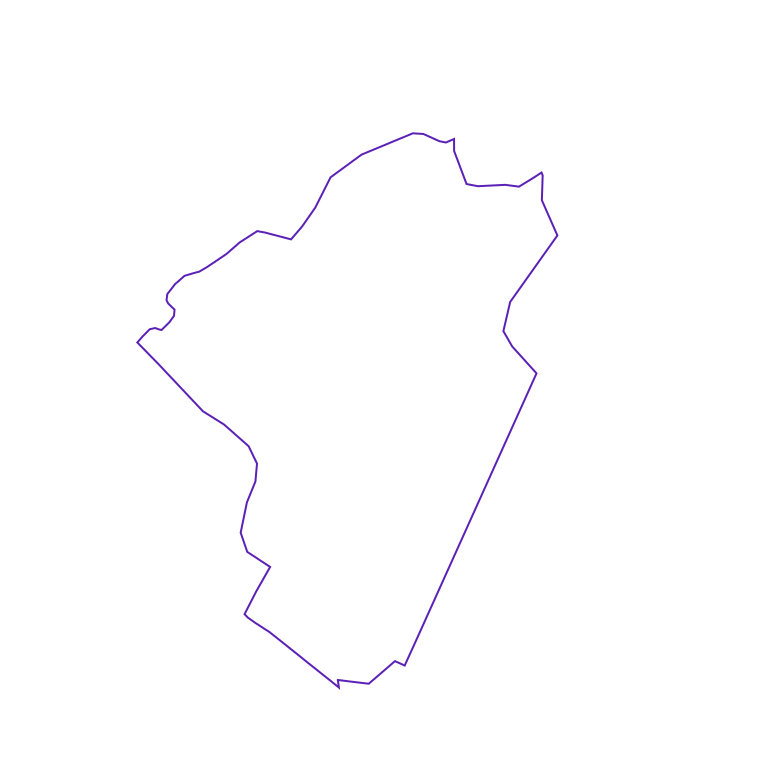 outline of Kas, Southern Darfur, Sudan, rotated 226°
{"feature_id": "16777658B26815240232488", "entity_name": "Kas", "entity_type": "district", "adm_level": 2, "iso_a3": "SDN", "parent_name": "Sudan", "parent_adm1": "Southern Darfur", "projection": "orthographic", "projection_center": [24.119, 12.446], "detail": "fine", "context": "isolated", "style": "outline", "palette": "violet", "viewbox_px": 768, "rotation_deg": 226, "n_neighbors": 0, "source": "geoboundaries", "source_scale": "gbopen_adm2", "svg_char_len": 1822}
<svg xmlns="http://www.w3.org/2000/svg" viewBox="0 0 768 768"><g transform="rotate(226 384 384)"><path d="M569.8,489.2L558.6,457.0L554.2,434.6L552.6,417.6L575.8,403.5L579.5,400.8L582.0,399.1L586.1,378.5L587.0,360.8L591.1,337.7L593.2,329.0L595.4,325.2L598.4,319.5L600.4,315.6L600.6,310.4L601.0,303.2L599.2,290.6L595.4,285.8L591.9,284.7L587.8,284.8L583.0,285.0L578.9,280.3L577.5,272.5L577.4,261.4L579.9,259.9L583.3,258.2L586.1,253.6L585.9,243.4L585.2,235.4L556.0,235.6L490.1,234.8L465.9,240.8L433.3,243.4L415.0,237.4L403.2,223.8L394.1,203.2L376.6,177.6L358.2,169.0L331.5,175.0L323.5,147.8L315.3,123.8L315.1,123.8L313.5,123.8L311.8,123.8L311.4,123.8L311.2,123.8L310.5,123.8L307.9,124.3L306.7,124.5L305.8,124.7L301.4,125.5L298.2,126.3L296.4,126.7L295.9,126.8L295.5,126.9L294.4,127.2L293.9,127.3L290.8,127.9L288.2,128.6L287.8,128.7L286.0,129.1L285.5,129.3L283.6,129.5L281.5,129.8L280.4,129.9L279.1,130.1L267.7,131.6L243.0,134.8L240.2,135.1L237.6,135.5L236.3,135.6L234.4,135.9L234.1,135.9L232.0,136.2L230.2,136.4L228.2,136.7L221.9,137.5L216.6,138.2L215.9,138.3L214.1,138.5L206.9,139.5L205.8,139.6L204.9,139.7L204.1,139.8L203.9,139.8L203.5,139.9L202.7,140.0L202.0,140.1L201.3,140.2L200.2,140.3L199.2,140.4L198.2,140.6L197.0,140.7L197.9,141.4L198.7,142.0L199.0,142.2L200.3,143.1L201.0,143.6L202.3,144.5L202.6,144.7L203.1,145.2L193.6,152.9L179.0,164.8L178.2,178.3L177.4,192.5L177.1,198.3L177.1,198.9L177.1,199.1L177.0,199.4L176.1,199.7L175.6,199.9L174.4,200.4L172.3,201.3L167.9,203.0L167.1,203.3L179.3,234.2L181.9,240.7L285.7,501.1L322.0,502.3L339.1,506.6L355.4,531.8L370.4,611.9L406.5,625.2L423.9,643.1L426.7,644.2L428.4,635.3L432.2,618.2L443.0,609.6L461.1,588.9L470.5,582.3L502.9,596.3L511.6,604.6L514.7,596.3L520.2,592.5L536.5,586.0L544.3,578.9L564.6,527.2L569.8,489.2Z" fill="none" stroke="#5b21b6" stroke-width="2"/></g></svg>